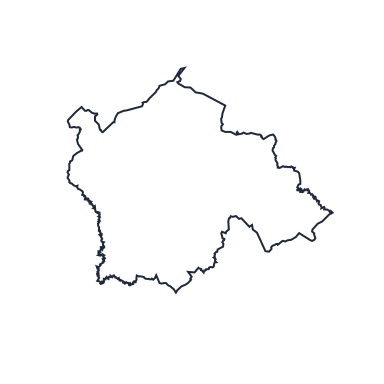 the district of Sultepec, México, Mexico, rotated 288°
{"feature_id": "50627088B3947327185408", "entity_name": "Sultepec", "entity_type": "district", "adm_level": 2, "iso_a3": "MEX", "parent_name": "Mexico", "parent_adm1": "México", "projection": "albers", "projection_center": [-100.013, 18.721], "detail": "fine", "context": "isolated", "style": "outline", "palette": "slate", "viewbox_px": 384, "rotation_deg": 288, "n_neighbors": 0, "source": "geoboundaries", "source_scale": "gbopen_adm2", "svg_char_len": 5968}
<svg xmlns="http://www.w3.org/2000/svg" viewBox="0 0 384 384"><g transform="rotate(288 192 192)"><path d="M307.6,146.5L305.6,143.2L292.1,139.9L289.7,135.0L286.1,133.1L283.0,128.3L280.2,128.2L278.0,127.0L276.0,126.8L268.0,122.6L264.4,121.3L263.4,120.5L262.7,118.6L261.6,117.4L260.7,118.2L258.1,118.0L249.2,104.3L248.1,101.9L244.0,97.1L239.8,96.2L236.4,96.2L234.4,96.7L234.3,95.7L221.3,88.6L221.5,87.3L222.8,86.2L222.8,85.2L227.4,82.4L229.8,77.7L233.9,76.4L236.4,78.0L237.3,77.4L236.4,74.9L236.4,72.5L238.0,68.5L237.7,67.5L236.5,66.3L236.2,65.0L238.7,60.7L232.5,56.9L222.1,51.9L220.6,52.1L218.3,54.5L215.9,55.8L216.2,57.7L217.4,59.6L217.6,62.3L218.6,64.0L218.4,65.5L217.4,65.8L217.3,66.8L215.5,66.3L214.6,66.7L212.5,66.4L210.6,65.6L209.8,66.4L207.7,66.8L206.2,66.4L202.4,68.8L199.1,73.3L198.5,73.6L198.1,74.7L197.4,74.7L197.1,73.9L193.4,70.5L190.1,68.3L189.1,67.9L185.7,68.3L184.7,68.0L183.4,66.6L182.6,67.0L180.8,66.6L174.9,68.6L173.4,67.5L172.3,67.6L170.3,69.6L168.2,69.1L166.8,69.5L165.2,71.7L164.3,72.3L163.5,72.2L162.7,73.7L163.0,74.8L161.8,77.3L161.5,80.0L162.5,81.1L161.0,81.4L159.7,82.7L159.8,84.3L158.8,87.7L158.0,88.4L155.3,88.6L155.6,90.2L154.6,90.6L155.1,91.6L154.5,92.2L153.2,92.3L153.2,93.0L152.3,92.2L151.8,92.3L152.4,95.0L153.5,94.6L153.6,95.4L152.2,96.5L151.7,96.0L151.4,96.2L151.8,97.8L150.6,97.7L151.2,99.2L149.5,98.8L149.7,99.5L149.1,100.1L149.5,100.8L147.3,103.0L148.6,103.9L146.8,104.8L146.1,103.8L146.0,105.0L143.6,106.3L143.8,109.3L142.9,108.3L142.3,111.2L140.8,111.2L139.9,110.6L139.8,111.8L140.5,112.5L138.8,111.7L137.8,112.2L136.8,111.7L136.0,113.2L134.9,112.0L134.1,113.0L132.9,112.3L130.5,113.5L129.7,114.6L126.2,115.4L126.0,115.9L126.6,116.6L124.9,117.3L124.4,118.6L123.6,118.6L122.7,117.3L122.1,118.4L123.0,119.3L121.0,119.5L119.7,121.1L118.0,120.6L116.9,121.4L117.0,123.7L115.6,123.1L114.1,123.8L113.0,125.4L112.3,125.6L112.0,125.1L112.4,124.1L110.3,124.4L111.5,123.3L111.4,122.3L109.4,123.0L109.7,123.9L108.3,122.9L107.6,123.1L106.7,121.3L106.2,121.5L105.8,123.2L104.7,122.0L104.2,122.1L103.9,123.4L103.0,122.6L103.2,124.7L105.2,126.0L104.7,128.0L103.5,127.2L102.0,129.7L101.5,129.4L101.7,128.2L101.0,127.6L100.2,128.2L99.9,129.5L99.1,129.9L98.2,128.9L97.8,129.5L97.3,129.3L94.8,126.9L94.1,127.7L92.1,126.7L91.7,126.1L91.8,124.3L89.7,125.9L90.0,127.0L88.8,127.6L88.0,127.2L86.9,127.7L87.3,126.9L87.1,126.7L86.0,127.4L85.1,126.9L84.8,127.0L85.3,128.1L84.0,128.7L83.3,128.3L83.2,129.3L82.5,129.1L81.6,130.2L78.2,129.4L78.4,131.8L77.8,133.0L76.6,133.0L76.4,133.7L77.8,135.4L78.6,134.1L79.1,134.1L79.5,136.0L82.1,135.0L82.2,136.6L83.3,136.4L84.7,137.0L83.7,137.8L83.5,139.4L85.1,138.9L85.7,139.3L85.9,140.7L87.2,140.4L86.4,142.5L88.3,143.0L88.6,143.6L87.5,144.6L87.5,145.7L86.9,145.8L86.8,148.2L87.6,148.9L86.9,149.4L86.3,149.1L86.3,149.9L85.7,150.3L86.3,151.2L85.7,151.5L86.1,151.9L85.8,154.0L84.5,154.5L84.6,155.6L85.2,155.9L84.3,156.6L85.9,157.6L85.4,158.5L85.9,159.8L84.7,160.5L86.2,161.5L85.9,161.8L84.2,161.2L84.0,161.8L85.4,162.9L86.2,164.4L87.4,163.8L89.2,164.5L89.2,165.1L88.4,165.5L88.8,166.3L90.1,166.0L91.5,166.4L92.2,165.9L95.5,165.3L95.2,167.6L95.8,168.5L96.3,172.5L95.4,173.6L95.2,175.0L96.0,177.8L95.9,179.0L96.4,180.2L97.2,180.6L96.6,182.2L98.7,183.4L101.8,183.7L95.4,189.2L95.5,191.4L96.8,193.6L97.3,195.6L95.8,198.3L95.7,200.2L94.0,204.6L91.3,207.8L94.1,208.4L99.2,211.3L101.4,214.0L104.2,216.3L108.2,218.2L108.9,217.2L111.3,217.9L114.8,213.0L116.3,219.3L121.9,221.5L121.5,222.1L121.6,224.5L120.4,224.7L120.4,225.8L119.0,228.0L121.2,227.9L121.5,229.1L122.9,229.3L123.8,231.7L125.3,231.6L126.3,232.6L126.8,235.1L127.7,235.7L130.8,235.2L132.2,235.4L132.7,236.7L133.4,235.3L134.4,234.9L135.4,235.3L136.4,232.9L137.3,233.8L138.2,233.1L139.7,233.2L140.3,232.5L142.7,233.6L142.9,234.4L145.3,234.2L149.6,238.4L152.4,237.9L153.6,236.4L155.5,236.7L156.1,237.4L157.3,237.3L157.5,235.3L161.8,232.6L163.5,232.9L163.2,236.8L164.9,236.8L167.7,238.6L175.3,235.6L178.3,235.3L179.0,236.1L180.9,236.3L181.0,238.6L182.7,241.1L181.0,245.1L182.3,247.0L176.7,257.3L179.2,259.3L175.1,261.4L173.4,266.4L158.4,280.1L159.0,283.6L162.4,285.2L163.8,284.4L165.5,285.0L168.8,288.6L169.1,289.6L168.5,289.9L168.9,290.3L173.5,293.2L173.8,296.0L175.6,297.9L177.1,301.0L181.3,304.7L186.0,306.6L182.6,320.0L182.6,321.4L184.2,323.0L186.1,323.6L186.8,323.2L189.2,321.3L190.4,321.1L191.5,318.4L193.6,318.2L200.6,321.3L204.3,325.0L213.0,329.4L215.7,332.1L216.7,330.1L215.6,330.1L215.4,329.5L216.7,327.9L217.1,325.9L216.2,323.1L218.2,322.8L218.6,322.2L216.5,320.1L217.7,320.0L218.5,318.9L219.4,318.4L219.3,316.7L220.0,315.9L222.5,315.8L222.8,314.4L221.8,313.8L224.0,311.8L223.6,311.0L225.2,311.2L225.7,310.6L225.5,309.9L224.1,309.3L224.7,308.6L225.7,308.9L227.0,307.1L226.2,306.2L226.9,305.8L227.5,304.3L227.1,303.0L229.2,303.2L229.5,302.8L229.3,301.9L230.5,301.4L230.0,300.3L228.8,299.7L229.3,298.2L227.7,297.9L227.5,296.6L226.5,297.6L225.9,296.9L225.6,294.9L228.5,295.0L228.8,294.2L226.8,294.1L226.2,291.6L226.6,291.4L228.3,292.6L228.9,290.7L231.9,291.0L233.1,292.5L236.4,291.5L243.0,288.1L244.1,286.2L243.9,282.6L244.9,282.0L246.7,282.2L246.0,280.7L246.4,279.9L246.8,280.0L247.0,278.6L245.9,277.8L246.0,276.8L245.2,275.5L245.3,273.7L244.5,272.9L244.7,270.6L242.0,268.0L241.7,266.1L242.8,266.1L243.5,264.9L245.9,264.3L247.9,261.8L249.3,261.1L250.0,261.3L250.6,260.5L252.3,260.9L253.0,259.3L256.2,255.9L258.5,255.4L259.7,256.2L261.5,255.8L263.4,256.5L265.1,256.2L266.1,256.6L267.3,256.2L267.5,255.2L268.4,255.1L270.4,253.6L271.7,251.3L269.7,248.1L264.5,243.8L264.8,242.4L266.4,241.1L266.1,240.6L267.2,240.2L267.7,238.9L266.9,237.0L266.4,229.6L265.2,228.4L264.1,226.0L264.4,222.6L262.9,221.4L261.6,219.0L261.5,218.5L263.2,216.5L262.4,216.2L260.8,217.6L260.1,216.4L261.1,210.1L259.4,205.1L259.7,201.1L263.4,199.5L266.0,200.4L266.7,198.9L270.6,197.1L272.2,197.4L276.4,196.7L284.5,196.9L288.9,171.8L287.9,164.7L290.9,158.2L289.4,152.8L291.0,145.3L292.0,144.1L293.9,146.4L295.9,146.4L298.3,143.1L307.6,146.5Z" fill="none" stroke="#1e293b" stroke-width="2"/></g></svg>